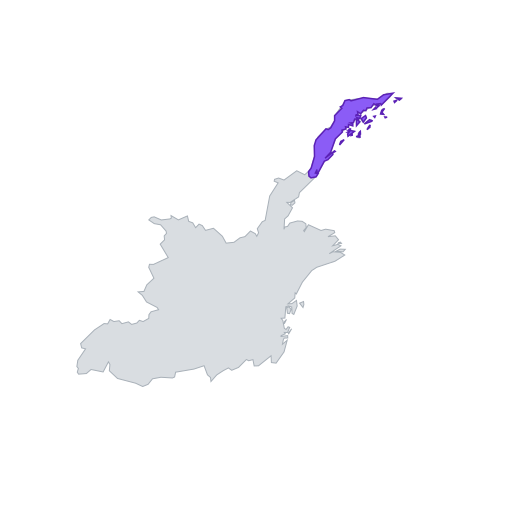 Myanmar, with Tanintharyi highlighted, rotated 231°
{"feature_id": "MMR-3279", "entity_name": "Tanintharyi", "entity_type": "Division", "adm_level": 1, "iso_a3": "MMR", "parent_name": "Myanmar", "parent_adm1": "", "projection": "orthographic", "projection_center": [98.437, 12.445], "detail": "medium", "context": "in_parent", "style": "filled", "palette": "violet", "viewbox_px": 512, "rotation_deg": 231, "n_neighbors": 0, "source": "natural_earth", "source_scale": "10m", "svg_char_len": 5646}
<svg xmlns="http://www.w3.org/2000/svg" viewBox="0 0 512 512"><g transform="rotate(231 256 256)"><path d="M330.3,227.9L325.3,225.5L321.6,227.7L316.0,226.9L316.6,231.8L313.4,233.4L307.7,232.9L304.3,240.4L292.5,242.3L284.8,240.9L280.5,247.5L280.2,255.0L278.0,259.6L278.9,267.4L273.8,269.5L270.8,269.0L272.4,272.6L276.4,274.2L278.7,282.4L277.9,285.5L294.0,304.4L298.9,319.2L302.7,317.2L303.9,318.7L302.4,322.6L297.4,325.6L296.6,341.3L288.5,345.0L288.7,350.3L289.7,354.0L296.9,364.4L305.0,371.6L309.6,379.2L310.5,390.3L309.3,395.0L311.5,401.7L315.7,406.1L320.5,423.7L310.9,439.3L301.2,449.5L300.0,460.3L296.8,463.9L295.3,460.5L294.6,449.2L299.3,442.0L300.8,428.1L303.8,425.1L302.2,423.8L298.4,424.7L299.8,413.5L297.6,413.1L299.4,410.7L297.1,392.0L289.7,378.8L288.7,373.2L287.5,380.8L286.6,379.3L286.4,369.0L282.2,357.7L282.6,356.7L284.6,357.7L282.8,355.1L281.3,355.7L280.1,353.0L277.9,329.6L275.1,326.3L276.2,316.2L278.3,313.7L270.5,314.7L267.0,306.2L266.8,301.6L259.1,294.5L260.4,296.7L259.1,299.1L260.3,303.0L257.1,310.3L253.9,313.7L249.7,315.0L246.5,312.9L245.8,309.0L244.5,308.9L247.3,316.4L234.9,322.6L233.0,327.0L226.5,332.7L224.6,331.9L225.7,324.1L221.8,330.3L216.7,330.4L215.7,322.0L213.5,326.9L210.5,328.4L211.7,314.4L210.8,318.5L205.7,323.9L200.9,325.6L202.2,314.2L209.0,296.1L209.6,290.2L206.5,275.6L201.1,263.4L202.7,263.2L199.0,259.7L198.7,250.7L196.4,253.9L196.0,259.5L191.2,256.5L186.8,248.6L188.7,247.9L193.9,251.7L196.9,249.7L197.8,247.2L189.6,239.4L191.8,236.3L189.1,236.3L182.0,232.5L180.0,233.1L180.8,236.4L179.3,237.3L176.7,232.3L178.8,229.9L177.1,229.8L178.3,225.4L177.7,224.8L174.2,230.5L172.3,229.1L174.5,226.2L173.7,224.5L170.8,221.0L170.9,227.2L163.8,217.4L160.1,204.2L163.5,200.9L169.0,204.9L169.1,188.8L171.7,185.4L177.4,188.4L179.2,184.4L181.6,183.4L180.4,172.3L182.5,165.2L186.4,164.1L187.5,158.4L188.3,150.7L186.8,142.0L190.2,144.2L194.2,143.5L203.4,146.6L207.2,136.6L216.3,120.4L213.2,116.6L213.8,114.3L221.6,105.8L225.7,98.3L224.2,91.4L225.9,85.8L232.9,82.4L248.0,71.3L259.1,69.8L263.6,74.2L266.6,74.7L262.1,64.2L271.6,56.4L271.4,50.2L275.8,43.8L278.2,44.0L280.4,47.2L282.8,47.2L287.1,51.9L291.1,65.1L294.3,62.7L298.3,64.6L300.2,84.0L299.1,95.4L296.6,98.0L298.5,102.7L294.5,104.3L291.8,108.9L287.8,109.2L285.1,115.4L281.1,116.3L278.9,121.2L279.4,124.9L276.1,127.0L275.0,133.4L277.8,135.9L278.7,139.3L275.6,146.5L278.2,146.8L289.2,142.0L297.0,142.9L302.3,141.8L299.0,146.6L302.3,153.0L303.0,162.7L314.7,165.5L316.6,168.0L314.0,171.0L310.0,186.8L325.5,189.0L326.1,195.1L329.4,197.3L329.9,200.7L332.0,201.8L340.3,201.5L345.2,197.3L351.5,195.4L351.9,198.9L350.5,201.5L343.6,205.1L339.0,212.4L338.7,214.0L340.9,215.4L332.9,218.4L330.3,227.9ZM191.7,244.4L196.6,247.4L195.6,249.6L192.5,249.7L190.1,245.8L191.7,244.4ZM291.1,403.1L294.4,407.8L291.2,411.0L291.1,403.1ZM190.7,264.3L188.1,262.6L186.4,260.1L191.9,260.2L190.7,264.3ZM295.9,423.2L296.0,429.3L293.9,428.7L292.6,423.5L295.9,423.2ZM208.4,325.7L205.0,329.6L204.5,326.2L209.3,321.4L208.4,325.7ZM274.9,320.9L272.8,319.7L272.6,316.1L274.2,315.1L275.5,316.9L274.9,320.9ZM289.1,430.7L288.6,428.7L290.8,423.7L290.5,428.0L289.1,430.7ZM287.9,442.2L290.7,446.8L290.2,447.7L287.6,444.0L285.9,444.3L287.9,442.2ZM297.8,419.7L294.8,421.0L294.6,416.8L297.8,419.7ZM290.7,463.5L286.7,467.5L287.2,465.3L290.7,463.5ZM175.8,232.9L177.0,237.9L174.8,232.0L175.8,232.9ZM291.2,393.4L291.1,397.2L290.1,391.1L291.2,393.4ZM187.1,236.7L187.5,239.8L185.5,235.3L187.1,236.7ZM287.2,415.2L285.0,413.4L285.7,412.0L286.9,412.3L287.2,415.2ZM285.6,409.7L284.2,412.3L282.7,410.7L283.9,409.6L285.6,409.7ZM285.9,424.8L286.0,427.1L284.3,421.9L285.9,424.8ZM213.6,330.4L212.0,330.3L214.2,327.8L214.4,328.7L213.6,330.4ZM296.3,442.6L294.9,442.2L296.0,439.7L296.3,442.6Z" fill="#d9dde1" stroke="#a8b0b8" stroke-width="1"/><path d="M288.5,349.9L289.6,354.2L296.4,364.0L305.1,370.7L308.5,375.7L310.8,390.4L308.8,391.7L308.6,394.8L311.6,402.2L315.6,405.4L316.8,415.7L318.8,415.4L318.3,418.1L320.8,422.9L318.8,426.9L316.8,427.5L311.5,439.2L301.4,448.9L301.0,456.6L296.3,465.0L294.4,448.2L296.0,448.8L298.3,445.1L297.2,444.4L300.2,443.4L298.9,438.7L301.2,435.5L299.8,432.8L301.6,431.3L300.7,426.9L304.2,425.7L301.7,424.3L302.7,422.7L302.3,422.1L299.3,425.9L297.7,423.2L300.0,421.5L296.5,421.5L299.1,420.5L300.3,418.8L298.3,415.7L299.9,413.2L297.5,414.2L296.2,413.1L300.0,410.7L297.7,408.8L300.1,406.9L298.1,405.9L299.7,402.0L298.0,401.1L297.1,391.4L289.6,379.3L288.5,371.2L288.3,383.2L287.4,383.4L287.9,380.0L286.5,379.6L285.6,372.5L286.7,368.8L281.7,357.0L283.0,356.1L284.8,357.8L283.1,354.3L280.9,356.1L279.7,352.5L282.1,347.9L284.7,347.4L288.5,349.9ZM294.6,405.3L294.4,408.2L290.9,410.9L291.2,402.9L293.2,404.0L293.7,406.5L294.6,405.3ZM292.5,423.6L296.6,424.3L296.2,429.5L293.8,428.7L292.5,423.6ZM290.4,423.3L290.5,430.0L288.1,431.4L287.8,430.8L290.4,423.3ZM294.0,416.1L298.9,419.9L298.9,420.2L294.9,421.2L294.0,416.1ZM290.1,445.4L289.7,448.8L288.6,444.4L285.8,444.3L288.0,442.2L290.1,445.4ZM286.9,465.6L290.6,464.5L287.1,468.2L286.9,465.6ZM285.8,408.9L284.1,412.5L282.9,411.6L285.8,408.9ZM289.7,390.8L291.7,394.0L290.9,397.7L289.7,390.8ZM285.8,412.0L287.1,414.1L287.2,415.5L285.0,413.9L285.8,412.0ZM284.4,421.8L286.1,427.2L284.4,425.5L284.7,425.2L284.3,424.2L284.4,421.8ZM296.3,442.8L294.8,442.3L295.9,439.7L296.3,442.8ZM288.3,463.7L288.1,460.3L289.5,460.7L288.3,463.7ZM295.2,444.2L296.6,445.5L296.0,446.6L295.3,446.4L295.2,444.2ZM295.7,407.3L295.7,409.0L295.3,409.4L294.8,408.9L295.7,407.3ZM289.8,405.7L290.6,406.6L290.0,407.3L289.3,406.8L289.8,405.7ZM281.4,445.3L282.1,443.4L283.0,443.6L281.4,445.3ZM290.4,435.4L289.7,436.8L289.0,435.5L290.4,435.4Z" fill="#8b5cf6" stroke="#5b21b6" stroke-width="1.5"/></g></svg>